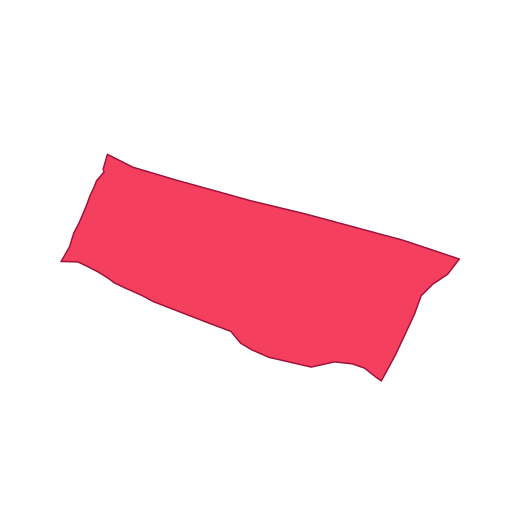 Potufale, Tuvalu (Robinson projection), rotated 135°
{"feature_id": "33948139B14408350290705", "entity_name": "Potufale", "entity_type": "district", "adm_level": 2, "iso_a3": "TUV", "parent_name": "Tuvalu", "parent_adm1": "", "projection": "robinson", "projection_center": [178.678, -7.484], "detail": "fine", "context": "isolated", "style": "filled", "palette": "rose", "viewbox_px": 512, "rotation_deg": 135, "n_neighbors": 0, "source": "geoboundaries", "source_scale": "gbopen_adm2", "svg_char_len": 742}
<svg xmlns="http://www.w3.org/2000/svg" viewBox="0 0 512 512"><g transform="rotate(135 256 256)"><path d="M397.6,389.9L386.2,377.8L383.1,369.3L379.1,356.9L376.5,346.1L375.1,337.1L371.5,326.8L364.5,308.5L360.9,296.4L347.7,266.5L336.5,241.2L327.1,220.5L328.5,205.1L325.4,192.8L318.5,175.2L295.5,138.4L275.3,125.6L264.0,111.4L258.5,99.8L256.8,85.0L255.7,79.1L248.5,81.2L226.9,87.6L185.1,102.8L167.4,111.1L151.1,111.1L133.5,107.6L114.4,110.1L140.8,163.0L191.2,250.6L220.8,299.0L245.6,342.9L258.5,365.6L280.3,405.9L289.2,432.9L302.7,425.5L304.0,422.9L315.7,421.9L322.0,419.1L330.8,416.0L334.2,414.4L341.5,411.0L349.7,407.7L357.1,404.7L368.3,401.2L375.3,397.6L380.6,394.6L397.6,389.9Z" fill="#f43f5e" stroke="#9f1239" stroke-width="1.5"/></g></svg>